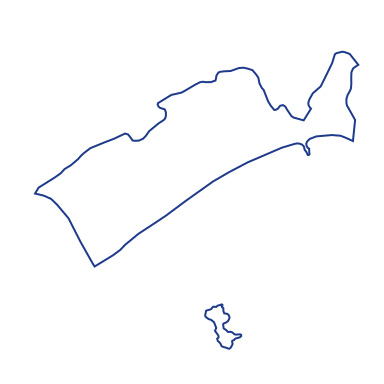 Cua Lo, Nghệ An, Vietnam (orthographic projection), rotated 95°
{"feature_id": "81297802B13550924224659", "entity_name": "Cua Lo", "entity_type": "district", "adm_level": 2, "iso_a3": "VNM", "parent_name": "Vietnam", "parent_adm1": "Nghệ An", "projection": "orthographic", "projection_center": [105.737, 18.789], "detail": "fine", "context": "isolated", "style": "outline", "palette": "blue", "viewbox_px": 384, "rotation_deg": 95, "n_neighbors": 0, "source": "geoboundaries", "source_scale": "gbopen_adm2", "svg_char_len": 2861}
<svg xmlns="http://www.w3.org/2000/svg" viewBox="0 0 384 384"><g transform="rotate(95 192 192)"><path d="M274.7,282.5L262.0,265.3L255.9,258.4L250.4,254.0L238.3,241.7L224.5,224.2L218.0,216.1L201.0,197.0L179.7,172.0L169.2,157.1L157.5,138.9L155.8,135.7L147.8,120.8L140.0,106.3L135.1,93.9L134.4,91.4L134.5,89.0L135.1,86.7L136.7,84.6L138.6,84.0L140.3,83.3L142.1,81.6L143.8,80.6L145.0,79.9L144.9,78.8L144.3,78.3L142.9,78.5L139.8,79.0L138.6,79.1L137.7,80.8L136.4,81.7L134.0,82.4L131.9,81.8L130.1,80.5L128.7,79.1L127.3,76.1L125.8,73.1L123.1,57.8L123.0,49.0L124.5,43.8L127.2,36.1L106.0,35.8L96.9,42.0L92.3,45.2L89.8,45.9L86.0,46.3L82.0,45.5L78.0,43.7L75.2,42.7L70.8,42.7L68.6,42.9L63.3,43.4L58.9,43.6L56.3,42.8L54.4,41.9L50.8,37.4L40.7,47.0L39.5,51.5L39.1,54.2L41.0,60.0L42.1,61.5L43.7,62.0L51.3,63.6L63.1,68.1L75.6,73.0L83.1,80.2L85.2,81.2L89.2,83.0L92.4,83.8L94.1,83.8L95.8,83.2L97.7,81.8L98.6,80.7L110.9,87.0L109.0,97.2L107.8,99.5L101.9,104.3L98.8,106.5L97.5,108.9L98.4,111.7L101.5,113.7L102.8,115.7L103.1,117.2L99.1,121.1L95.2,124.0L88.5,127.3L84.1,129.5L82.3,131.5L78.1,134.2L72.3,135.9L69.2,138.5L65.4,142.3L64.3,146.9L63.7,151.4L64.4,156.0L68.1,164.1L69.0,170.7L69.5,172.9L69.7,174.1L70.7,176.1L73.9,177.8L77.1,178.0L79.0,178.4L79.6,179.9L80.9,182.8L81.4,188.6L81.2,190.8L82.0,193.7L84.9,198.3L91.7,207.8L93.9,211.1L97.1,221.1L105.0,231.7L106.5,233.7L107.7,233.9L109.8,232.8L110.9,231.3L111.5,228.8L112.1,226.3L115.1,224.9L118.5,224.7L121.0,225.1L122.7,226.4L126.6,231.3L135.0,239.9L140.0,242.8L143.2,245.4L145.4,249.3L145.8,251.9L146.0,254.2L145.8,255.8L143.3,257.8L140.3,260.6L139.6,263.8L145.8,274.4L146.5,275.9L150.1,283.3L157.2,297.1L162.5,302.9L165.5,305.7L169.1,308.3L175.9,315.0L180.2,320.9L184.9,324.5L190.0,330.6L201.0,345.2L207.2,348.2L208.6,339.1L211.2,331.7L216.4,325.3L229.0,312.7L251.4,298.7L272.3,284.4L274.7,282.5ZM336.7,138.9L335.8,137.2L334.9,136.7L334.1,135.7L332.7,131.9L331.9,130.9L331.1,130.4L330.0,130.6L329.7,131.2L329.7,132.3L330.2,135.5L330.1,137.3L328.6,139.2L328.1,140.3L327.9,141.9L328.3,143.7L328.0,144.4L326.5,146.0L325.6,147.8L325.0,148.6L321.1,149.5L320.3,149.1L319.2,146.9L317.5,144.9L315.1,143.9L313.9,143.7L312.7,144.0L311.2,144.9L310.3,146.2L310.2,147.7L310.1,149.3L307.6,150.4L305.7,150.6L304.9,150.7L304.5,151.3L304.2,152.0L303.2,152.3L302.6,151.8L301.9,151.8L301.5,152.2L301.4,152.9L302.0,153.8L303.0,156.6L304.4,157.9L304.4,158.5L304.4,160.8L304.9,161.4L306.7,162.4L307.6,163.9L308.7,167.0L309.1,167.6L313.4,168.1L314.6,167.9L315.4,167.2L317.2,164.3L317.4,162.7L317.9,161.5L318.9,160.2L319.1,159.6L319.8,158.7L325.3,156.0L328.3,157.0L332.6,153.3L334.2,152.8L335.1,153.3L335.8,154.1L336.7,153.9L338.2,153.3L339.2,151.8L340.9,150.2L341.9,149.7L343.0,149.1L343.7,147.0L344.2,144.1L344.9,142.1L344.7,140.9L343.7,139.9L340.9,138.6L339.8,138.3L337.6,139.0L336.7,138.9Z" fill="none" stroke="#1e3a8a" stroke-width="2"/></g></svg>